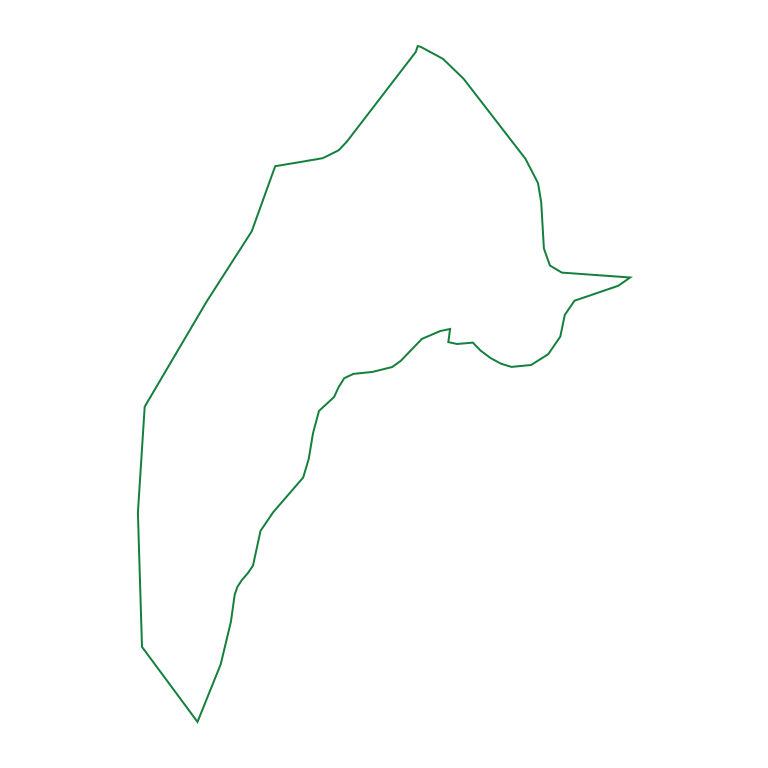 outline of Moyo
{"feature_id": "UGA-3085", "entity_name": "Moyo", "entity_type": "District", "adm_level": 1, "iso_a3": "UGA", "parent_name": "Uganda", "parent_adm1": "", "projection": "natural_earth1", "projection_center": [31.745, 3.481], "detail": "fine", "context": "isolated", "style": "outline", "palette": "green", "viewbox_px": 768, "rotation_deg": 0, "n_neighbors": 0, "source": "natural_earth", "source_scale": "10m", "svg_char_len": 840}
<svg xmlns="http://www.w3.org/2000/svg" viewBox="0 0 768 768"><path d="M437.9,56.1L443.0,58.9L463.6,78.8L525.5,158.9L538.0,183.1L541.2,202.2L543.9,248.5L549.9,265.5L561.8,272.6L630.1,277.5L618.4,285.7L574.5,300.7L564.8,314.9L560.3,336.6L548.3,354.1L531.1,365.0L511.5,366.9L501.2,363.8L490.6,358.1L480.7,350.7L472.8,342.6L457.1,344.0L448.3,342.1L450.1,329.0L440.2,331.0L421.9,338.9L400.7,360.9L392.2,367.0L372.5,371.9L353.4,373.9L344.2,378.2L338.4,387.6L334.1,397.0L319.0,410.9L313.0,433.2L308.8,458.6L303.2,477.5L273.2,512.2L260.5,530.9L253.0,565.6L247.8,573.2L241.9,580.0L237.4,586.8L234.7,594.7L230.9,621.8L220.7,664.3L197.5,721.9L142.0,646.9L137.9,512.7L144.7,406.7L206.8,301.3L251.7,231.4L275.2,166.2L322.7,158.2L338.6,150.3L346.7,141.8L415.8,51.9L417.7,46.1L420.4,46.7L437.9,56.1Z" fill="none" stroke="#15803d" stroke-width="2"/></svg>